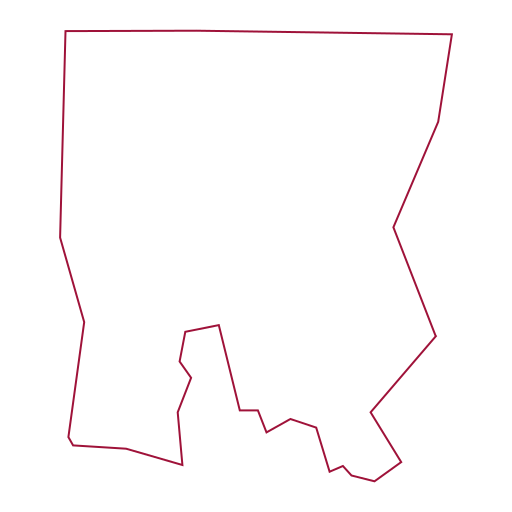 Lafon, Eastern Equatoria, South Sudan
{"feature_id": "79223893B81439496011559", "entity_name": "Lafon", "entity_type": "district", "adm_level": 2, "iso_a3": "SSD", "parent_name": "South Sudan", "parent_adm1": "Eastern Equatoria", "projection": "albers", "projection_center": [32.675, 5.157], "detail": "fine", "context": "isolated", "style": "outline", "palette": "rose", "viewbox_px": 512, "rotation_deg": 0, "n_neighbors": 0, "source": "geoboundaries", "source_scale": "gbopen_adm2", "svg_char_len": 489}
<svg xmlns="http://www.w3.org/2000/svg" viewBox="0 0 512 512"><path d="M73.1,445.4L126.1,448.7L182.4,465.0L177.7,412.3L191.1,377.8L179.6,361.5L185.3,331.8L218.8,325.1L239.8,410.4L257.9,410.4L266.5,432.4L290.4,419.0L316.2,427.6L329.6,471.7L342.9,466.0L351.5,475.5L374.5,481.3L401.2,462.1L370.6,412.3L435.9,336.1L435.5,335.6L393.4,227.3L438.2,121.8L451.9,34.3L196.2,30.7L65.5,31.1L61.4,187.5L60.1,237.6L84.2,322.1L68.4,437.1L73.1,445.4Z" fill="none" stroke="#9f1239" stroke-width="2"/></svg>